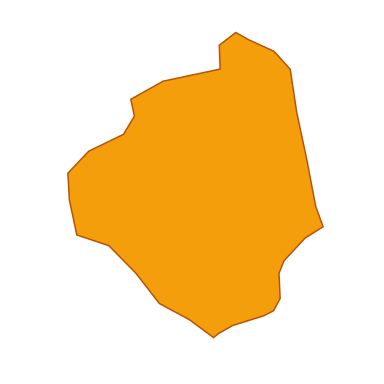 map outline of Centar župa (Albers equal-area conic projection), rotated 258°
{"feature_id": "MKD-2951", "entity_name": "Centar župa", "entity_type": "Statistical Region", "adm_level": 1, "iso_a3": "MKD", "parent_name": "North Macedonia", "parent_adm1": "", "projection": "albers", "projection_center": [20.577, 41.464], "detail": "fine", "context": "isolated", "style": "filled", "palette": "amber", "viewbox_px": 384, "rotation_deg": 258, "n_neighbors": 0, "source": "natural_earth", "source_scale": "10m", "svg_char_len": 553}
<svg xmlns="http://www.w3.org/2000/svg" viewBox="0 0 384 384"><g transform="rotate(258 192 192)"><path d="M130.8,313.0L123.4,293.0L105.6,267.7L94.4,260.2L69.5,256.1L58.9,247.1L56.0,236.2L52.9,203.7L48.0,188.4L45.1,182.8L67.6,162.9L89.7,136.9L124.1,120.3L156.8,99.5L173.9,70.4L209.8,70.4L236.2,74.5L253.4,99.5L262.7,137.0L278.3,151.5L295.4,151.4L306.4,186.8L306.4,218.0L306.4,245.1L329.9,249.2L338.9,268.0L329.3,278.9L312.4,301.6L291.5,313.6L248.4,311.0L198.6,311.0L152.4,310.0L130.8,313.0Z" fill="#f59e0b" stroke="#b45309" stroke-width="1.5"/></g></svg>